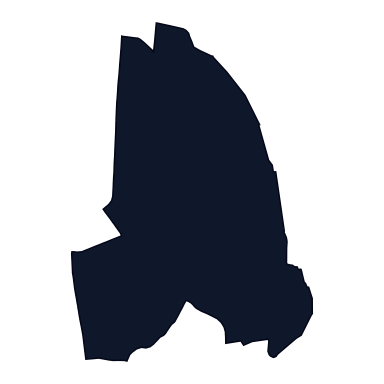 Shu'ub, Amanat Al Asimah, Yemen (Natural Earth projection)
{"feature_id": "15242507B29065009809939", "entity_name": "Shu'ub", "entity_type": "district", "adm_level": 2, "iso_a3": "YEM", "parent_name": "Yemen", "parent_adm1": "Amanat Al Asimah", "projection": "natural_earth1", "projection_center": [44.222, 15.387], "detail": "fine", "context": "isolated", "style": "filled", "palette": "ink", "viewbox_px": 384, "rotation_deg": 0, "n_neighbors": 0, "source": "geoboundaries", "source_scale": "gbopen_adm2", "svg_char_len": 3840}
<svg xmlns="http://www.w3.org/2000/svg" viewBox="0 0 384 384"><path d="M125.1,360.5L125.7,360.8L127.0,361.0L127.2,360.3L127.8,358.9L129.4,355.3L129.6,354.7L131.2,353.2L131.3,352.8L133.6,351.1L133.9,350.9L134.6,350.3L136.2,349.1L136.7,348.8L137.2,348.6L138.1,348.4L138.8,348.1L141.1,347.4L141.7,347.4L142.2,347.4L144.6,347.7L146.0,347.9L146.8,347.6L147.3,347.5L149.1,346.9L149.9,346.8L151.9,345.3L153.0,344.5L153.6,344.0L153.9,343.6L154.2,343.3L155.6,341.8L156.0,341.5L159.3,337.9L159.6,337.6L160.4,336.9L163.2,335.5L163.7,335.2L164.3,334.6L165.4,333.4L165.9,332.7L166.9,331.0L167.1,330.7L167.9,329.6L169.3,327.5L169.9,326.6L170.5,325.8L170.8,325.3L171.4,324.7L171.9,324.1L172.6,323.5L174.4,322.1L174.8,321.5L175.3,320.7L175.8,319.7L176.5,318.4L179.0,313.8L179.3,313.1L182.7,306.8L182.9,306.3L183.6,304.9L184.1,303.9L185.8,300.9L186.0,300.7L186.6,300.7L187.8,301.0L189.0,301.6L189.7,302.1L190.5,302.4L192.5,304.2L193.3,305.1L193.7,305.6L194.7,306.7L195.5,307.6L196.7,308.4L197.2,308.8L197.6,309.0L199.2,309.9L201.5,311.2L207.9,313.9L208.2,314.1L216.9,318.5L217.5,318.9L218.6,320.0L219.0,320.3L220.7,321.9L221.0,322.2L222.4,324.2L223.3,325.8L223.9,326.7L224.5,328.4L224.9,329.9L225.5,332.2L225.5,333.1L225.6,335.6L225.7,336.6L225.7,337.8L225.8,343.3L240.9,340.9L243.6,345.2L252.1,341.5L268.1,339.2L268.9,341.1L268.8,342.2L268.0,351.3L269.2,354.6L270.6,356.1L273.4,357.4L274.5,357.1L276.0,356.4L277.1,354.8L277.3,354.4L293.0,341.0L296.3,338.2L301.2,335.2L311.1,315.4L312.3,313.6L312.2,298.4L310.4,292.9L308.6,287.2L307.0,287.1L305.5,283.5L304.1,282.0L301.2,269.8L300.7,269.2L298.1,269.5L297.3,267.0L294.3,266.7L292.6,265.3L288.9,264.8L286.9,264.0L286.5,263.0L286.6,247.8L286.9,243.2L287.0,241.9L286.7,239.5L286.2,237.2L284.1,232.5L283.8,231.7L284.3,231.2L275.7,171.8L273.3,171.9L272.5,166.6L272.3,165.7L272.1,164.9L271.5,164.2L268.5,160.1L268.0,158.2L258.8,125.4L258.7,125.1L259.2,124.5L259.5,124.5L244.9,95.2L226.8,72.1L213.3,57.4L212.7,56.1L211.9,56.2L203.7,52.4L200.0,50.7L193.7,47.1L192.8,44.6L192.1,42.7L191.5,41.1L189.7,37.0L188.6,33.3L187.3,31.8L186.1,30.5L183.3,28.9L182.4,28.7L180.8,28.3L177.7,27.6L170.2,25.9L169.3,25.7L161.4,24.0L158.3,23.3L156.3,23.0L154.7,41.1L153.6,51.6L153.3,51.2L144.4,42.9L143.5,42.2L143.1,41.8L140.3,39.5L139.4,39.0L137.9,38.2L134.6,37.9L126.5,36.8L125.9,36.8L122.7,36.4L121.8,36.1L121.6,39.6L121.1,48.0L120.9,50.3L120.6,54.3L120.4,56.9L120.2,59.3L119.6,66.4L119.6,67.3L118.9,76.3L118.6,78.9L118.0,85.3L117.9,86.9L117.9,87.3L117.8,89.2L117.3,96.9L116.8,102.8L116.8,103.1L116.6,107.0L116.5,109.7L116.2,117.0L116.1,119.4L116.1,121.2L116.0,122.2L115.9,126.9L115.8,129.4L115.8,130.3L115.7,133.2L115.4,139.8L115.0,148.4L114.8,154.0L114.7,156.6L114.6,157.9L114.3,163.4L114.0,173.0L113.7,176.8L113.4,183.1L113.3,186.3L113.0,191.8L112.8,196.2L112.6,196.9L112.3,198.2L111.6,200.8L110.0,202.9L108.8,204.5L105.9,206.9L103.8,208.7L103.2,209.2L105.2,212.1L109.7,218.0L111.8,220.9L112.5,222.0L114.7,224.9L115.4,226.0L118.2,229.9L119.1,231.2L120.2,232.6L121.1,234.5L121.5,236.0L120.5,236.3L112.4,239.5L106.1,242.1L102.6,243.4L102.0,243.7L99.0,244.9L95.7,246.2L95.1,246.4L91.0,248.1L84.6,250.7L82.1,251.7L81.2,251.9L80.7,251.9L78.1,252.1L76.9,252.2L75.5,252.0L73.5,251.8L71.9,251.8L71.8,252.8L71.7,253.7L72.0,260.4L72.1,261.7L72.1,262.7L72.4,268.7L72.5,271.3L72.6,271.8L72.5,272.5L72.9,274.9L73.0,275.4L73.6,279.3L73.7,280.5L74.8,289.1L75.0,290.1L76.1,296.6L76.3,297.3L77.2,303.0L77.8,305.8L78.0,307.9L78.4,309.8L79.2,315.1L79.6,317.3L79.7,317.8L80.1,320.2L80.6,322.8L81.5,327.2L82.4,332.3L82.6,333.3L83.0,335.7L83.4,339.0L83.5,339.8L84.2,345.8L84.5,348.1L85.6,356.9L85.9,359.2L89.0,358.9L89.6,358.9L94.2,358.5L97.6,358.1L99.1,358.1L99.7,358.2L101.9,358.6L104.2,359.0L105.8,359.3L107.5,359.6L108.3,359.8L112.9,360.4L118.4,360.3L120.2,360.3L123.6,360.4L125.1,360.5Z" fill="#0f172a" stroke="#020617" stroke-width="1.5"/></svg>